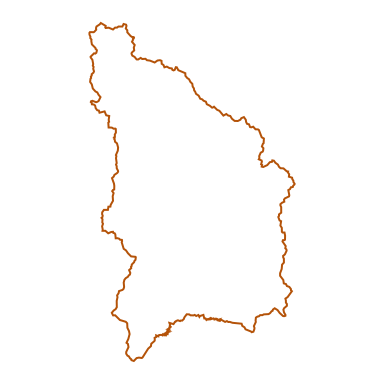 the district of Ngao, Lampang, Thailand
{"feature_id": "78962969B20841547873304", "entity_name": "Ngao", "entity_type": "district", "adm_level": 2, "iso_a3": "THA", "parent_name": "Thailand", "parent_adm1": "Lampang", "projection": "orthographic", "projection_center": [99.933, 18.773], "detail": "fine", "context": "isolated", "style": "outline", "palette": "amber", "viewbox_px": 384, "rotation_deg": 0, "n_neighbors": 0, "source": "geoboundaries", "source_scale": "gbopen_adm2", "svg_char_len": 5962}
<svg xmlns="http://www.w3.org/2000/svg" viewBox="0 0 384 384"><path d="M122.5,289.9L119.0,291.1L118.6,293.2L117.1,295.4L117.5,297.2L116.7,300.9L116.8,307.2L115.6,309.2L113.7,310.5L111.8,312.8L113.1,315.4L115.2,315.3L119.9,320.0L125.8,321.8L127.2,323.3L127.4,327.8L129.0,331.1L129.6,334.1L128.3,339.0L126.5,342.8L127.9,343.9L128.5,347.1L126.2,352.0L126.2,353.7L127.5,355.7L128.8,356.3L130.1,358.4L131.2,359.2L131.5,360.2L133.8,361.0L136.6,358.1L138.9,357.6L141.8,358.0L142.6,357.4L148.2,348.6L150.9,346.2L151.3,343.7L154.4,341.1L154.8,340.1L154.6,337.8L156.3,337.0L156.2,335.4L158.4,336.3L158.5,335.5L159.2,335.0L161.6,334.9L162.6,335.4L163.0,334.3L164.4,335.1L164.5,333.7L166.1,333.4L166.2,333.8L165.0,334.6L166.0,335.2L166.4,334.1L167.6,334.2L167.8,332.9L167.0,332.6L168.8,331.9L167.2,331.6L168.1,330.7L167.5,330.1L169.2,329.9L168.3,329.0L169.3,328.7L169.2,327.7L169.7,327.1L170.4,327.3L170.7,326.9L169.7,326.0L170.4,323.8L169.6,323.6L169.4,322.9L173.5,324.1L175.0,321.8L175.5,321.8L176.1,321.0L177.9,320.3L180.1,321.1L180.9,320.5L182.2,320.6L183.9,318.9L184.3,317.5L186.7,314.3L189.2,314.4L190.5,315.3L193.5,315.4L194.7,314.9L196.2,316.0L198.4,315.0L199.4,316.9L200.0,316.0L203.4,314.9L204.3,318.5L205.5,318.4L206.4,319.9L207.2,319.2L207.9,319.6L208.3,319.1L209.2,319.3L209.3,318.7L210.8,317.9L211.4,318.4L211.2,319.1L213.6,318.4L214.3,319.5L215.0,319.1L216.1,319.4L216.2,318.7L217.0,318.9L217.5,319.9L219.4,319.4L218.4,320.5L219.9,320.9L220.4,319.9L221.3,319.8L225.1,321.9L226.9,321.1L228.3,322.0L229.8,321.9L232.5,322.8L241.6,323.7L242.3,325.9L244.5,327.3L245.5,329.3L251.0,331.5L251.7,332.2L253.4,331.7L254.3,329.3L254.5,328.0L253.9,326.1L255.8,322.0L255.6,320.4L255.9,317.6L257.4,316.6L258.9,316.3L260.2,315.1L262.5,315.1L263.7,314.4L268.6,314.1L270.1,313.1L271.6,311.2L272.6,310.8L272.9,309.6L274.7,308.3L277.6,310.1L279.7,313.0L283.0,316.0L284.1,316.2L285.4,315.8L285.5,315.0L284.0,312.4L283.4,309.7L284.1,308.2L286.9,305.8L286.9,304.0L285.9,302.6L285.9,300.6L285.4,298.6L287.6,297.1L291.9,291.2L291.0,290.4L290.9,289.0L289.3,286.9L286.9,286.0L286.0,284.1L283.8,283.4L283.3,280.0L280.1,275.8L280.1,273.2L281.7,269.0L282.1,264.6L283.9,262.6L283.9,258.7L283.2,257.4L283.1,255.9L284.9,254.4L286.6,250.7L286.4,249.4L285.3,248.3L285.7,246.1L282.5,241.5L282.9,240.2L284.6,240.1L285.0,239.6L285.1,235.7L284.5,232.5L282.5,232.5L281.9,231.8L281.8,227.8L280.4,225.6L281.1,221.2L279.6,220.5L278.3,217.0L279.0,215.9L279.0,214.4L281.2,212.7L281.2,207.1L280.4,205.4L280.4,204.2L282.1,202.7L284.3,201.7L284.0,199.6L284.9,198.4L289.0,196.4L289.3,195.2L288.3,190.1L290.0,189.1L290.9,187.3L292.8,187.0L293.2,185.7L294.5,184.4L294.6,183.7L293.5,182.2L293.3,180.5L292.4,179.4L292.1,177.7L288.9,176.7L289.2,174.3L287.7,172.1L288.0,171.5L286.6,171.2L283.5,168.4L280.5,168.2L279.0,166.8L277.9,164.6L275.4,162.8L273.9,160.7L272.3,160.4L272.0,161.8L269.8,162.2L267.3,165.1L263.2,167.0L261.7,166.6L262.1,164.9L261.1,164.3L261.9,161.6L261.6,160.5L258.8,159.3L259.4,158.2L259.2,156.1L260.7,152.7L262.7,151.6L263.1,150.7L263.4,148.2L261.9,146.5L262.9,143.8L263.6,143.2L263.9,138.5L261.7,137.3L258.9,130.0L258.0,129.4L255.5,129.3L253.2,126.7L251.4,127.3L250.1,127.1L249.0,124.3L247.0,123.8L246.1,121.9L245.8,119.8L243.9,117.1L241.3,118.2L240.4,119.7L237.8,121.0L234.6,120.9L231.9,118.7L230.3,116.0L228.1,115.5L226.3,114.0L223.4,115.6L219.4,110.8L217.1,109.8L214.0,106.7L212.7,107.6L212.0,107.6L209.8,105.7L206.8,104.2L205.9,101.7L203.5,100.7L202.3,99.4L200.2,98.7L198.7,95.7L196.0,93.8L195.1,91.5L194.2,90.5L193.9,88.4L192.7,86.6L192.3,83.8L190.3,81.8L189.1,79.3L187.2,78.0L185.4,75.8L185.3,73.2L178.3,70.2L176.8,67.3L175.8,67.2L174.7,69.9L173.6,70.4L172.4,69.9L171.8,68.4L169.4,68.1L166.8,66.6L164.4,67.3L163.5,65.0L161.7,63.8L161.5,60.8L160.0,60.2L157.5,60.5L154.7,62.5L149.9,60.6L146.9,60.2L145.5,58.8L142.2,59.0L140.7,57.9L138.1,59.5L136.6,59.4L134.6,56.9L132.3,55.6L131.5,53.7L131.8,52.6L134.2,50.4L133.8,47.6L134.7,45.0L132.0,41.8L132.9,40.1L132.9,38.9L133.7,38.5L134.0,37.6L133.7,37.1L131.8,36.9L130.5,35.9L127.3,32.3L127.3,30.3L125.8,28.5L126.5,25.9L126.1,24.7L123.6,24.0L122.4,26.5L118.5,26.5L117.0,27.6L115.1,27.6L113.0,29.5L108.7,27.7L105.7,28.0L105.3,27.5L105.7,25.9L100.8,23.0L99.7,24.4L96.5,26.5L96.0,28.1L96.2,29.7L94.3,31.8L93.6,32.2L90.0,32.1L89.4,32.9L89.5,34.7L90.4,36.6L90.3,38.1L91.5,39.6L91.3,40.9L91.9,44.4L95.4,47.9L95.6,48.9L96.6,49.7L96.9,50.5L96.3,52.8L95.3,53.6L94.1,53.3L90.6,56.7L90.7,57.5L92.4,59.8L93.2,64.1L92.8,65.7L93.6,66.9L93.2,68.8L94.0,71.3L93.5,72.6L91.7,74.2L91.7,75.6L90.9,76.6L91.1,78.0L90.5,78.7L90.1,81.9L91.8,84.4L92.8,88.5L95.5,91.5L97.3,92.4L98.5,94.7L100.5,97.1L98.6,101.0L97.3,101.8L96.1,102.2L92.4,100.8L91.0,101.3L90.8,102.1L91.8,102.9L91.9,104.3L93.8,104.5L95.1,105.5L95.7,108.2L97.2,110.2L98.9,110.6L99.5,112.7L104.6,111.4L106.2,115.3L109.2,116.0L108.7,120.0L109.1,121.8L108.3,122.6L108.6,127.5L111.8,127.6L113.6,128.7L115.3,128.6L115.8,129.0L115.9,132.6L114.8,134.5L114.9,136.4L114.0,137.6L114.7,137.9L114.3,139.2L114.8,139.9L115.0,141.7L117.0,143.4L118.1,147.5L117.8,150.7L115.9,155.1L116.4,156.1L116.0,158.1L116.7,163.1L116.0,164.6L116.7,166.2L116.7,168.2L118.0,170.7L118.1,171.7L117.3,172.9L114.4,174.9L113.7,176.6L112.0,178.1L114.0,183.7L114.3,185.9L114.2,189.5L113.0,190.0L112.2,191.1L113.6,193.1L112.7,196.2L113.0,200.8L110.7,204.8L110.4,206.6L108.4,206.7L107.9,209.9L103.9,209.9L102.2,212.3L102.1,214.1L102.7,215.7L102.4,217.1L101.5,217.9L102.5,219.2L102.3,222.4L103.0,223.8L102.1,226.3L102.7,229.4L102.5,230.8L105.4,230.8L108.2,233.3L111.2,232.0L113.0,231.8L113.3,232.9L114.7,233.3L115.3,234.3L115.7,238.3L117.5,238.2L119.3,238.8L120.0,239.7L121.9,239.9L122.1,241.1L121.7,242.3L123.7,248.8L126.0,250.4L128.0,253.3L131.1,256.4L135.3,256.8L135.8,257.2L135.5,259.8L134.4,261.0L134.1,262.2L131.8,264.5L131.6,266.1L131.0,266.8L131.2,268.2L129.1,270.1L130.3,272.9L129.9,274.6L128.7,275.4L128.0,276.7L125.7,278.2L124.4,279.8L123.7,282.6L124.1,286.9L123.6,288.8L122.5,289.9Z" fill="none" stroke="#b45309" stroke-width="2"/></svg>